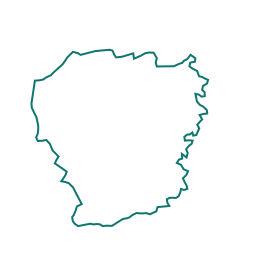 Cunha Porã, Santa Catarina, Brazil, rotated 163°
{"feature_id": "56859067B33782804685423", "entity_name": "Cunha Porã", "entity_type": "district", "adm_level": 2, "iso_a3": "BRA", "parent_name": "Brazil", "parent_adm1": "Santa Catarina", "projection": "natural_earth1", "projection_center": [-53.207, -26.879], "detail": "fine", "context": "isolated", "style": "outline", "palette": "teal", "viewbox_px": 256, "rotation_deg": 163, "n_neighbors": 0, "source": "geoboundaries", "source_scale": "gbopen_adm2", "svg_char_len": 1877}
<svg xmlns="http://www.w3.org/2000/svg" viewBox="0 0 256 256"><g transform="rotate(163 128 128)"><path d="M136.7,211.1L152.0,211.8L153.9,214.2L158.4,216.9L165.3,213.3L167.9,211.1L171.8,208.1L183.1,202.8L186.3,201.0L191.4,200.3L194.9,199.2L198.2,199.4L203.2,200.5L211.3,183.5L212.9,180.4L214.1,175.5L213.2,169.5L212.4,164.8L212.8,160.6L213.2,156.3L214.6,152.0L216.0,148.9L218.6,145.8L218.1,142.0L213.5,140.8L209.6,140.4L207.3,135.5L206.7,128.6L202.7,121.0L205.7,118.5L208.3,115.6L199.4,104.2L201.5,101.3L203.9,99.3L207.4,96.6L204.1,94.9L200.8,92.6L198.0,87.4L194.5,68.8L199.7,67.9L202.3,64.3L205.1,60.8L207.5,59.0L208.0,55.2L207.0,52.1L204.4,48.8L192.1,47.5L189.3,45.9L186.2,45.4L183.2,44.2L180.8,41.6L176.8,40.8L172.0,39.1L159.5,42.5L155.5,42.0L152.6,42.1L149.5,43.4L144.8,44.2L139.4,42.1L135.7,41.4L132.2,39.1L128.7,39.6L125.3,40.0L122.9,43.7L118.7,42.9L115.1,42.1L111.3,41.4L112.2,44.9L111.7,48.5L108.6,49.0L105.9,48.3L102.6,47.1L99.6,47.9L97.2,50.6L95.1,54.2L92.5,52.3L89.0,52.5L88.8,55.9L89.6,59.5L90.2,63.8L86.1,65.9L83.2,69.1L86.9,72.4L88.1,77.4L91.5,80.3L88.5,82.9L85.1,82.9L84.0,87.4L80.6,82.7L78.2,86.7L78.6,90.8L75.2,93.0L71.7,94.4L69.9,97.0L73.2,98.4L77.3,99.3L76.7,103.1L73.3,104.4L70.7,103.7L67.8,104.9L67.8,101.6L64.7,101.3L62.6,103.9L60.0,106.8L60.8,110.9L57.6,112.9L54.6,114.5L55.7,119.5L51.9,119.4L48.0,118.7L47.4,122.1L49.7,126.3L52.7,129.3L54.3,133.3L53.9,137.4L53.6,140.9L50.3,139.1L48.6,136.5L45.3,136.0L44.2,139.8L46.0,142.7L44.0,146.3L39.3,147.5L37.4,150.6L40.2,153.0L42.3,155.2L44.9,156.7L45.2,162.3L49.3,166.3L51.2,169.0L49.4,172.3L44.6,171.9L43.2,175.1L46.8,179.7L51.0,176.7L54.6,176.0L57.2,174.4L60.8,174.4L65.9,173.6L82.4,178.4L82.4,182.4L80.0,186.5L81.5,192.5L85.7,194.0L89.8,194.5L94.3,193.4L102.0,192.5L101.2,197.8L112.8,197.9L118.8,199.0L119.7,202.3L120.2,206.5L122.7,208.2L136.7,211.1Z" fill="none" stroke="#0f766e" stroke-width="2"/></g></svg>